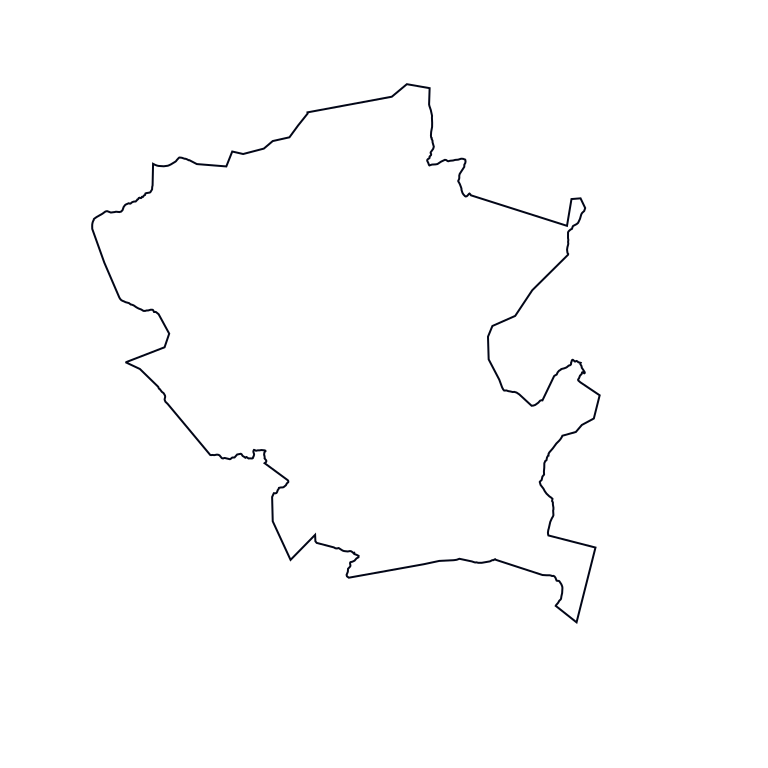 the district of Distrito Central, Francisco Morazán, Honduras, rotated 344°
{"feature_id": "27666195B1179860840093", "entity_name": "Distrito Central", "entity_type": "district", "adm_level": 2, "iso_a3": "HND", "parent_name": "Honduras", "parent_adm1": "Francisco Morazán", "projection": "robinson", "projection_center": [-87.243, 14.133], "detail": "fine", "context": "isolated", "style": "outline", "palette": "ink", "viewbox_px": 768, "rotation_deg": 344, "n_neighbors": 0, "source": "geoboundaries", "source_scale": "gbopen_adm2", "svg_char_len": 6166}
<svg xmlns="http://www.w3.org/2000/svg" viewBox="0 0 768 768"><g transform="rotate(344 384 384)"><path d="M142.1,292.3L153.5,302.3L166.2,324.5L166.2,325.3L166.5,326.6L167.0,327.0L168.3,330.3L169.6,332.0L170.0,333.4L170.3,334.9L170.1,336.1L168.9,338.2L168.8,339.0L169.0,340.8L170.6,343.6L197.4,404.3L198.2,404.7L199.5,404.9L201.2,405.6L203.6,405.8L204.9,406.2L206.2,407.2L207.6,410.4L208.0,410.8L208.8,411.2L209.9,411.1L210.5,411.2L215.1,413.8L215.7,413.8L217.8,412.9L218.6,413.0L219.4,413.3L220.1,413.4L223.4,411.3L227.1,411.6L227.7,412.2L228.3,414.2L229.7,415.7L230.4,416.7L230.9,416.6L231.3,416.3L231.7,416.3L233.2,418.2L235.2,418.7L236.5,419.2L237.1,419.2L237.6,419.0L237.8,418.4L238.5,417.9L239.6,416.2L239.8,415.5L239.7,413.9L239.8,412.9L240.3,412.0L240.8,411.5L241.3,411.7L242.6,412.9L244.5,413.0L245.7,413.4L248.0,413.7L251.0,414.9L251.6,415.4L251.5,416.0L250.7,416.3L250.0,417.1L249.2,419.1L249.3,419.8L249.1,421.6L248.7,422.6L249.5,424.4L249.7,425.2L249.6,425.8L249.1,426.5L247.4,427.2L265.0,450.0L265.2,450.6L265.2,451.2L264.8,452.1L263.9,452.4L263.1,452.9L261.8,454.3L259.2,455.4L258.3,455.5L256.2,455.0L254.4,454.9L253.7,455.9L252.5,456.8L251.6,458.2L250.6,459.1L249.7,459.2L248.0,458.6L245.3,461.8L239.2,485.3L245.7,527.3L276.2,510.0L274.7,516.3L275.5,518.2L290.7,527.2L292.0,528.5L293.4,529.1L295.2,529.2L298.3,532.7L299.6,533.6L303.0,535.0L305.2,535.2L306.1,535.6L306.9,536.4L307.9,537.9L308.9,538.0L308.9,538.3L308.5,539.1L308.6,539.3L310.5,540.6L312.2,542.2L311.7,543.5L309.4,544.1L307.0,545.7L304.6,546.1L302.7,546.0L302.3,546.3L301.9,547.2L301.7,549.2L301.5,549.7L300.9,550.3L298.5,551.7L297.5,554.5L295.4,557.2L295.4,558.7L296.8,560.5L372.5,568.2L388.4,569.3L402.5,572.6L405.4,573.0L408.3,572.8L419.6,578.8L421.9,580.4L422.8,580.8L423.7,580.9L425.4,581.9L428.5,582.8L436.9,583.7L439.5,583.2L440.8,583.5L441.9,583.1L442.6,583.1L443.0,583.8L483.7,611.3L487.4,612.6L490.5,613.5L491.8,614.2L492.6,614.9L493.9,615.1L494.8,615.9L495.4,617.4L495.7,620.5L496.0,620.8L497.8,621.5L498.2,622.0L499.3,625.5L499.5,627.9L499.3,629.2L497.6,634.1L496.1,636.8L495.0,639.2L494.4,639.8L492.7,640.7L491.1,642.3L488.6,643.9L487.9,644.6L503.4,666.2L542.2,599.5L500.3,574.9L500.3,573.7L500.6,572.1L501.7,569.6L502.5,568.4L505.8,562.4L508.4,559.3L509.9,557.9L510.7,556.8L511.7,552.3L512.3,551.2L512.8,549.5L513.1,546.6L513.7,544.3L513.3,542.8L514.3,540.8L513.4,539.3L512.0,537.6L510.0,534.2L509.0,531.4L508.4,528.5L506.7,524.2L506.7,521.1L507.0,520.8L509.1,519.7L510.8,516.6L512.9,515.2L513.6,512.2L515.0,508.6L516.3,504.3L517.9,502.4L518.9,502.2L519.2,502.0L520.4,499.6L522.0,498.0L522.4,498.1L523.0,496.4L524.1,495.3L528.4,492.5L533.3,488.7L536.6,486.9L538.4,485.7L540.1,484.2L541.2,482.9L555.2,483.0L562.9,477.9L576.2,475.0L588.2,454.3L573.2,436.5L571.8,434.3L571.7,433.6L571.9,433.1L572.9,432.4L574.7,430.0L576.7,428.9L577.6,427.5L578.0,427.4L578.5,427.5L578.8,428.2L579.4,428.9L580.0,428.7L580.2,428.1L579.4,425.3L578.6,422.9L578.8,421.2L578.2,419.0L578.5,418.3L578.9,417.9L578.0,417.3L576.9,416.8L576.1,415.5L575.3,414.9L574.0,415.1L573.7,415.0L572.3,412.9L571.9,412.7L571.5,412.8L571.0,413.2L570.5,414.2L569.8,414.9L569.3,416.4L568.7,417.0L567.7,417.3L566.7,417.2L564.7,418.1L563.7,418.4L561.6,418.6L558.5,418.5L557.8,419.0L555.9,419.5L554.1,420.7L552.6,422.5L550.4,423.0L549.7,423.3L531.8,443.4L531.1,443.0L529.4,443.1L527.2,444.5L523.6,445.8L521.7,445.9L519.9,445.6L511.2,431.3L509.1,428.8L507.1,427.5L505.5,427.2L503.6,426.1L501.5,425.1L500.0,424.0L497.7,423.4L497.1,422.2L496.6,419.8L496.0,411.6L491.4,389.2L497.0,367.2L504.2,358.1L528.9,354.7L552.4,334.7L596.5,310.5L596.9,309.8L596.5,308.5L597.0,305.3L598.1,302.9L599.1,301.3L599.8,300.0L600.1,298.2L600.9,296.3L601.1,294.5L602.7,289.0L603.3,288.3L604.3,287.7L606.1,286.9L607.4,286.7L608.8,284.7L609.4,284.2L613.2,283.4L615.0,282.6L617.9,279.3L620.4,275.3L621.7,274.1L624.1,272.9L625.9,270.3L624.1,259.7L615.2,257.9L603.5,282.4L519.6,226.6L519.2,225.4L518.7,224.5L518.2,224.6L516.2,225.9L515.3,226.3L514.3,226.3L513.7,225.8L512.6,223.7L512.1,221.9L512.0,218.8L512.3,217.6L512.3,216.3L512.0,212.8L511.6,210.9L511.3,209.9L511.3,209.3L512.8,207.5L513.4,206.0L513.7,204.6L514.7,202.9L521.0,197.4L521.7,195.3L523.1,193.9L523.8,192.3L523.9,190.7L522.0,189.3L520.2,188.7L517.1,188.8L514.2,188.2L512.1,188.2L508.9,187.6L507.2,187.6L506.7,187.3L505.4,185.8L504.3,185.3L500.1,186.0L496.0,187.3L494.1,187.1L490.6,186.3L487.9,186.4L487.6,185.8L487.5,183.8L487.1,181.6L487.2,180.8L487.6,180.3L488.3,179.9L489.8,179.5L490.2,179.1L490.3,178.4L490.6,177.9L492.3,176.9L492.7,176.0L492.5,174.9L492.7,174.2L496.1,171.5L497.3,169.6L497.3,165.2L497.7,163.3L497.3,161.4L497.6,161.1L497.7,160.7L497.3,159.8L497.6,158.1L498.8,154.7L501.1,150.1L502.3,146.1L503.5,141.1L504.1,139.5L504.5,133.6L504.3,129.4L504.4,127.7L509.4,112.2L488.6,102.1L470.7,110.0L385.3,101.8L385.1,103.0L372.7,111.8L361.1,120.8L344.0,119.8L333.4,124.6L312.0,124.1L302.2,118.7L292.4,131.4L264.7,121.0L258.6,115.2L258.0,115.1L256.2,113.4L255.1,112.7L254.4,112.5L252.0,110.8L250.1,110.0L249.6,109.9L248.9,110.2L246.6,111.6L245.6,112.4L244.7,112.8L239.5,114.2L237.6,114.5L236.3,114.6L232.3,114.0L227.3,112.2L225.9,111.4L224.3,110.2L222.7,108.7L216.3,129.3L215.5,130.7L214.7,133.0L212.3,135.2L211.6,135.4L208.1,135.0L207.2,135.1L206.4,136.4L205.1,136.7L203.8,137.7L202.9,137.4L202.2,138.1L201.7,138.3L201.3,138.2L200.5,137.6L199.7,137.6L199.2,137.9L198.7,138.5L198.2,138.7L197.7,138.7L197.2,139.2L195.6,140.1L193.8,139.7L192.4,139.8L191.8,139.9L190.1,140.7L189.5,140.6L188.4,139.9L185.3,140.3L184.3,140.7L182.5,142.1L180.6,144.8L178.9,145.8L177.1,145.8L173.8,144.5L172.7,144.5L168.7,143.9L165.6,141.6L164.5,141.4L163.5,141.5L160.3,142.7L153.7,144.3L150.9,145.3L150.5,145.6L150.2,146.3L149.4,147.1L148.5,148.3L147.6,150.0L147.0,151.8L146.3,154.5L148.6,190.3L153.4,227.8L153.8,229.4L154.6,231.0L155.6,232.0L156.8,232.9L158.1,234.1L161.1,235.9L162.5,237.8L163.1,238.0L165.0,239.4L167.1,242.0L168.8,243.7L171.2,245.5L172.9,247.4L174.5,247.9L176.1,247.9L177.6,248.3L180.2,248.3L181.6,248.7L182.1,249.0L182.4,249.4L182.8,251.4L184.4,251.8L184.8,252.2L186.6,254.8L191.4,276.4L183.2,288.2L142.3,291.9L142.1,292.3Z" fill="none" stroke="#020617" stroke-width="2"/></g></svg>